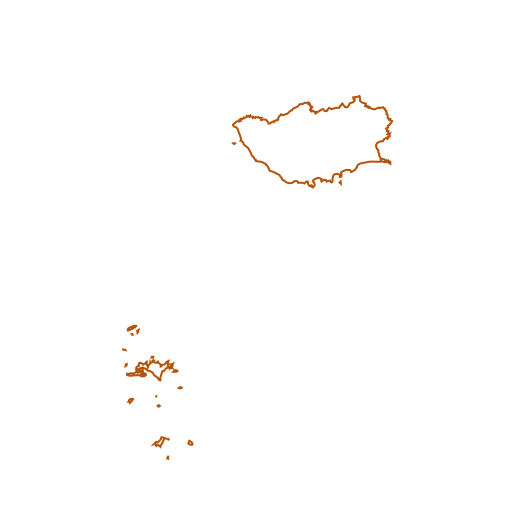 Jepara, Jawa Tengah, Indonesia (Robinson projection), rotated 237°
{"feature_id": "22746128B68650893607060", "entity_name": "Jepara", "entity_type": "district", "adm_level": 2, "iso_a3": "IDN", "parent_name": "Indonesia", "parent_adm1": "Jawa Tengah", "projection": "robinson", "projection_center": [110.605, -6.261], "detail": "fine", "context": "isolated", "style": "outline", "palette": "amber", "viewbox_px": 512, "rotation_deg": 237, "n_neighbors": 0, "source": "geoboundaries", "source_scale": "gbopen_adm2", "svg_char_len": 6084}
<svg xmlns="http://www.w3.org/2000/svg" viewBox="0 0 512 512"><g transform="rotate(237 256 256)"><path d="M311.5,443.6L312.8,440.2L313.3,440.3L313.6,439.7L314.5,435.0L318.0,432.2L318.7,432.4L318.9,431.5L319.5,432.1L320.0,431.2L320.6,431.3L320.7,430.3L321.6,430.5L321.6,429.8L322.4,429.1L324.0,431.1L326.7,428.6L329.2,427.7L333.4,430.0L334.0,429.7L334.1,428.1L336.1,423.9L334.3,423.3L333.7,424.1L332.4,423.2L332.1,421.0L333.0,417.8L331.8,416.1L331.0,413.5L332.5,411.8L336.7,411.5L336.4,410.8L336.7,410.3L335.8,409.3L336.0,407.8L334.9,406.6L336.7,403.7L338.1,399.2L340.4,398.0L339.9,395.6L339.1,394.9L339.2,393.6L340.5,392.5L342.0,392.6L343.0,391.8L343.2,383.5L343.9,383.7L344.3,384.8L345.2,383.5L347.1,382.6L346.8,381.7L348.4,381.8L347.5,381.2L348.2,380.8L349.4,381.0L350.2,384.3L351.0,384.1L350.8,382.8L353.0,383.6L354.4,382.9L354.3,383.9L355.8,383.9L356.3,383.7L356.8,381.8L358.0,380.4L358.1,377.5L359.3,376.0L359.4,375.0L358.7,372.2L359.4,367.2L358.6,365.4L359.0,364.0L358.3,360.2L359.3,355.8L359.8,354.8L361.2,354.3L360.0,350.2L358.2,348.9L358.8,348.0L358.3,347.4L359.0,346.5L358.7,344.4L359.2,344.7L359.8,342.2L359.5,340.0L360.2,338.6L361.7,339.0L364.8,338.6L366.3,337.0L367.2,334.3L368.9,334.8L369.0,335.5L370.0,334.0L371.1,333.8L371.2,333.0L372.7,331.4L372.3,330.7L373.7,329.7L373.1,329.5L373.4,328.5L374.9,328.5L375.9,327.7L376.0,326.8L377.0,327.4L377.0,326.3L377.6,326.0L377.3,325.3L378.6,324.5L377.7,323.6L378.1,321.4L378.6,321.1L378.0,320.7L378.6,319.5L378.3,319.0L379.5,318.0L379.4,317.3L378.5,317.3L378.6,316.6L377.9,316.5L378.6,315.8L377.9,315.6L378.0,314.9L378.6,314.8L379.3,313.2L378.7,308.2L377.6,307.9L376.0,308.3L374.9,309.4L372.7,309.8L363.7,307.7L361.8,306.9L361.1,305.8L360.2,306.7L357.8,307.0L356.1,306.5L351.0,308.2L345.4,307.9L342.4,307.1L340.7,307.8L337.2,307.7L336.8,308.2L335.8,307.6L331.7,312.1L327.9,314.3L327.1,313.9L326.4,314.5L324.4,314.6L320.0,313.9L317.3,316.2L311.1,319.8L308.9,319.7L307.4,320.2L306.5,319.7L304.7,319.9L304.0,320.8L301.1,321.6L299.1,323.4L297.8,325.5L297.5,328.0L297.9,328.7L297.1,330.4L295.7,331.6L294.4,331.2L292.1,335.0L290.5,336.0L291.0,338.5L290.6,339.7L289.6,340.0L288.6,339.0L286.4,338.8L284.9,339.6L285.3,340.2L285.1,341.2L284.1,341.1L283.6,340.5L282.5,341.0L283.1,343.4L283.8,344.1L285.7,344.7L287.1,344.3L288.4,345.2L288.5,346.5L288.0,349.9L286.7,351.8L284.8,352.8L283.8,351.7L282.8,351.5L282.9,354.8L281.3,356.1L280.0,355.6L279.1,359.1L277.1,359.0L276.5,359.7L276.5,360.3L277.5,361.3L279.7,362.6L280.1,363.6L281.1,364.2L281.8,366.1L280.9,368.4L279.7,369.9L277.5,370.4L276.6,369.4L276.2,369.9L276.5,371.5L279.6,372.7L279.9,374.2L279.2,378.4L277.2,381.4L276.4,381.9L274.8,381.4L274.4,382.0L274.3,386.2L275.1,387.3L275.2,388.8L276.2,389.6L276.9,391.2L276.8,393.8L273.2,402.7L267.3,411.7L267.3,412.9L265.7,413.9L262.9,417.5L260.2,419.0L262.0,419.9L262.8,419.1L264.1,419.1L264.5,417.7L265.4,417.6L266.0,416.4L267.3,416.2L269.0,414.6L269.2,413.5L268.2,412.6L270.0,413.6L273.5,414.1L274.5,415.1L276.6,415.1L278.0,416.2L279.4,415.8L282.6,416.4L284.0,417.5L284.8,419.5L284.2,423.2L283.1,424.8L284.3,427.3L284.1,429.1L282.6,430.0L282.8,430.6L284.0,430.9L284.3,431.5L283.3,433.2L284.8,434.1L285.4,433.9L285.7,434.5L285.8,433.4L286.6,432.6L287.0,434.1L288.7,435.2L289.5,433.8L290.7,434.8L292.1,434.6L291.8,436.9L293.5,437.6L293.2,439.6L294.0,440.4L294.0,441.4L294.9,443.7L296.6,443.0L297.0,441.9L297.7,441.8L298.2,443.0L299.0,441.9L300.0,441.6L302.7,443.3L304.0,442.7L304.8,443.6L306.3,443.6L306.6,444.4L308.6,443.8L309.4,444.4L310.4,443.4L311.5,443.6ZM227.4,83.7L226.2,83.1L224.1,85.2L220.4,92.1L218.6,94.0L217.2,94.5L216.0,97.0L216.4,97.6L216.0,98.7L217.4,99.4L218.3,98.5L218.6,97.1L218.2,96.6L218.9,96.4L219.5,93.9L219.4,98.0L220.6,98.2L221.8,95.4L222.4,96.5L221.3,98.2L222.0,99.0L224.1,98.9L224.6,97.9L224.3,96.0L222.6,93.2L223.0,93.0L224.3,94.4L225.2,96.7L224.0,100.4L220.3,102.6L219.0,102.6L217.3,104.3L214.5,105.8L211.5,105.7L207.1,107.3L205.3,107.1L203.8,107.8L204.2,108.6L205.7,109.0L210.3,114.6L209.6,115.6L210.8,119.5L210.1,122.7L211.6,122.0L212.8,122.7L212.8,123.5L213.1,123.0L214.7,124.0L215.6,125.3L215.9,123.5L214.8,120.5L215.7,118.2L215.0,116.5L215.2,115.8L217.0,117.0L219.7,115.8L220.4,116.2L220.4,115.7L220.9,115.8L220.8,114.1L221.6,113.1L222.9,112.9L223.6,113.6L224.0,112.6L224.6,112.8L224.5,112.0L223.3,111.0L223.6,109.3L224.4,109.4L223.6,108.8L223.2,107.2L221.6,104.7L225.0,105.6L226.9,106.7L226.9,105.9L225.9,104.5L226.5,103.4L226.3,102.1L228.5,101.6L229.9,100.2L229.6,99.2L227.6,97.9L228.1,96.3L227.4,94.5L226.6,94.7L225.9,93.5L224.7,93.4L223.8,91.8L224.1,89.2L226.0,87.0L226.6,84.4L227.4,83.7ZM154.5,71.1L153.7,67.6L153.1,69.4L151.0,68.9L151.1,70.9L148.1,71.9L149.3,72.8L149.2,73.9L150.5,76.0L150.8,75.5L150.7,76.4L152.4,79.1L152.6,80.6L155.4,78.2L155.4,77.7L154.2,76.5L153.2,72.9L153.4,71.7L154.5,71.1ZM264.7,109.2L263.4,107.8L263.1,108.0L262.4,112.0L262.7,112.4L262.3,112.9L262.9,113.3L262.3,113.6L262.6,114.5L261.9,115.7L262.6,117.3L263.7,116.2L264.8,111.2L264.7,109.2ZM135.6,97.1L133.7,97.9L132.5,99.5L132.6,100.2L134.8,100.7L137.4,99.4L135.6,97.1ZM204.4,71.5L203.3,69.6L202.7,70.6L201.4,70.3L202.8,74.9L203.7,74.5L204.3,73.0L204.4,71.5ZM211.1,126.1L209.5,123.0L208.6,122.4L208.7,123.6L207.5,124.6L208.6,124.4L209.2,126.2L210.0,126.4L210.9,127.7L211.1,126.1ZM202.6,127.7L204.0,126.4L204.3,124.8L203.9,123.6L202.4,125.9L202.2,127.5L202.6,127.7ZM258.0,115.6L256.0,114.7L256.2,115.5L258.0,117.3L258.0,115.6ZM186.7,121.9L187.4,120.3L187.4,119.3L186.8,119.5L186.1,120.7L185.9,121.9L186.7,121.9ZM183.6,91.7L182.6,92.4L182.7,93.7L183.8,93.3L184.1,92.1L183.6,91.7ZM235.8,88.7L236.0,87.7L234.7,86.6L234.7,87.9L235.8,88.7ZM272.0,366.1L270.4,366.6L272.4,367.5L272.0,366.1ZM227.2,114.9L228.2,114.0L227.7,113.1L226.8,114.2L227.2,114.9ZM248.8,95.2L250.6,92.8L248.2,95.2L248.8,95.2ZM361.9,299.7L362.9,298.6L363.0,298.2L361.7,298.7L361.9,299.7ZM135.8,73.0L134.5,71.3L133.9,72.0L135.3,72.4L135.7,73.8L135.8,73.0ZM148.9,83.1L150.6,82.7L150.6,82.1L148.9,83.1ZM258.2,109.1L257.5,109.1L257.2,109.7L257.9,109.8L258.2,109.1ZM191.9,96.4L192.6,96.1L193.0,95.1L191.9,96.4Z" fill="none" stroke="#b45309" stroke-width="2"/></g></svg>